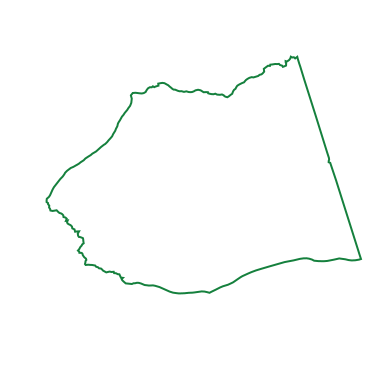 the district of Juruena, Mato Grosso, Brazil, rotated 73°
{"feature_id": "56859067B78925689258289", "entity_name": "Juruena", "entity_type": "district", "adm_level": 2, "iso_a3": "BRA", "parent_name": "Brazil", "parent_adm1": "Mato Grosso", "projection": "equal_earth", "projection_center": [-58.641, -10.397], "detail": "fine", "context": "isolated", "style": "outline", "palette": "green", "viewbox_px": 384, "rotation_deg": 73, "n_neighbors": 0, "source": "geoboundaries", "source_scale": "gbopen_adm2", "svg_char_len": 3694}
<svg xmlns="http://www.w3.org/2000/svg" viewBox="0 0 384 384"><g transform="rotate(73 192 192)"><path d="M156.0,332.8L157.5,333.5L159.1,334.0L160.5,332.9L161.6,333.2L163.3,332.5L165.1,333.2L166.5,332.7L168.3,332.8L169.4,330.8L169.6,329.2L169.9,326.8L171.7,325.9L173.3,324.9L174.1,323.6L175.2,322.6L176.7,321.9L178.4,322.2L179.4,320.5L180.9,319.6L182.7,321.0L182.9,319.2L184.2,320.3L185.7,320.2L186.7,319.4L188.2,317.8L189.9,316.9L191.8,317.1L193.4,315.3L195.8,315.4L196.1,313.5L196.6,311.5L198.4,313.4L200.5,313.7L201.9,313.3L202.5,312.0L203.4,310.8L204.3,309.8L205.5,309.9L207.4,310.3L209.4,310.6L210.0,312.3L211.0,313.2L212.0,314.9L213.6,316.5L214.7,318.2L216.0,317.3L217.2,317.5L218.0,315.3L219.1,314.8L220.5,314.9L222.9,314.1L224.7,312.9L226.1,312.9L226.9,314.0L228.1,314.5L229.6,315.4L230.7,315.0L231.2,312.5L232.0,310.5L232.6,308.8L234.0,306.1L235.5,305.5L236.4,304.0L237.8,303.2L238.6,301.4L239.9,300.6L241.1,300.1L243.8,297.5L244.0,294.1L245.0,292.3L245.4,290.2L246.8,290.2L247.5,288.4L248.9,287.0L249.5,285.5L251.1,285.3L253.1,285.0L253.9,283.2L254.7,284.7L256.0,284.5L257.6,283.6L260.0,282.1L262.4,276.4L262.2,274.6L262.6,273.2L262.7,271.3L263.3,269.5L264.6,267.5L267.1,264.5L268.2,262.0L268.9,260.5L269.9,256.6L270.9,254.7L273.4,250.9L280.7,242.5L282.7,239.6L284.1,236.6L285.2,234.1L286.6,228.9L287.5,224.4L288.4,221.0L288.8,218.8L289.9,211.8L290.9,209.1L292.2,206.8L293.5,204.7L293.1,202.7L292.4,198.1L291.5,193.0L291.2,190.0L291.2,187.7L291.2,184.6L290.7,181.0L290.4,179.1L288.9,174.4L287.7,170.5L287.2,168.4L286.4,162.3L286.0,158.8L285.7,153.7L285.7,148.4L285.8,139.6L286.0,129.1L286.1,124.0L286.5,120.2L287.1,114.8L287.5,108.3L288.1,104.5L288.9,101.8L290.0,99.5L291.7,97.0L293.4,95.3L295.1,91.2L296.7,86.3L297.5,82.7L298.2,76.0L298.6,70.6L299.4,68.9L301.2,65.0L302.8,62.3L304.1,59.4L305.0,55.9L305.5,52.2L305.5,50.0L300.1,50.1L298.1,50.1L224.9,50.8L223.4,50.8L204.5,51.3L203.5,52.6L202.3,52.2L201.1,51.4L199.5,51.1L193.5,51.2L155.5,51.4L116.8,51.8L103.7,51.8L100.4,51.9L95.3,51.9L93.5,51.8L94.4,54.3L92.9,55.2L92.7,56.7L91.5,57.9L93.1,59.0L94.2,60.6L95.0,63.1L94.2,64.2L95.4,64.5L96.7,64.4L98.6,65.1L98.8,66.9L98.9,68.5L97.6,68.8L96.3,70.7L94.9,71.4L94.6,73.1L93.9,75.0L93.5,78.0L93.1,79.9L94.2,80.6L93.5,82.4L94.0,83.9L94.6,85.6L95.2,87.3L98.0,87.8L99.2,89.7L99.8,91.1L99.7,93.1L100.4,94.8L100.4,97.2L100.4,99.7L99.6,101.4L99.6,103.8L100.1,106.0L100.7,107.7L101.5,109.0L102.3,110.1L102.5,112.5L103.0,115.4L103.6,117.6L104.8,119.1L106.0,120.2L106.6,121.9L107.6,123.1L108.8,124.1L109.8,124.8L110.3,126.4L111.3,128.9L111.7,130.5L110.8,131.9L109.9,132.9L108.8,133.4L107.5,134.8L107.2,136.9L106.2,139.5L104.8,141.0L104.8,142.8L104.1,144.7L103.2,146.4L102.3,147.7L101.2,147.6L100.4,150.0L100.0,151.7L98.6,152.9L97.3,154.0L96.0,156.3L95.8,159.0L96.3,160.9L96.4,162.8L96.0,164.5L95.4,166.0L94.1,167.9L93.9,170.4L92.5,172.6L92.1,174.3L91.2,175.8L89.2,178.2L88.7,179.6L87.8,180.5L86.3,181.4L84.4,182.7L83.0,183.5L81.7,184.8L79.9,186.5L79.0,188.4L78.7,190.4L78.5,192.6L80.5,193.0L80.5,196.0L80.7,197.5L79.5,198.5L80.1,199.9L79.5,201.8L80.0,203.8L81.4,205.7L82.8,207.1L83.3,209.2L83.1,211.2L82.4,213.0L80.6,217.0L80.0,219.7L81.7,222.2L85.1,222.3L89.0,224.0L91.5,226.0L93.3,228.5L94.5,229.8L96.7,233.2L98.3,235.1L99.4,236.9L102.4,240.0L103.8,241.7L104.9,242.8L107.3,244.2L109.4,246.3L111.0,247.5L113.5,250.4L115.4,252.1L116.8,254.3L118.2,256.7L119.4,258.4L120.7,260.9L121.1,262.5L122.4,265.9L125.2,271.9L126.2,276.1L127.1,278.1L127.8,280.8L128.8,284.2L130.0,286.3L131.0,289.8L131.9,292.0L133.3,298.2L133.6,301.0L135.2,305.3L136.5,307.7L137.7,308.9L139.4,311.1L141.1,314.2L147.0,322.6L148.9,324.6L153.6,328.7L154.9,330.3L156.0,332.8Z" fill="none" stroke="#15803d" stroke-width="2"/></g></svg>